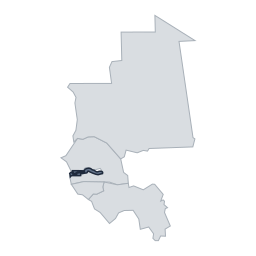 Gambia and the surrounding countries
{"feature_id": "GMB", "entity_name": "Gambia", "entity_type": "country or territory", "adm_level": 0, "iso_a3": "GMB", "parent_name": "Africa", "parent_adm1": "", "projection": "albers", "projection_center": [-15.506, 13.438], "detail": "fine", "context": "with_neighbors", "style": "filled", "palette": "slate", "viewbox_px": 256, "rotation_deg": 0, "n_neighbors": 4, "source": "natural_earth", "source_scale": "50m", "svg_char_len": 2485}
<svg xmlns="http://www.w3.org/2000/svg" viewBox="0 0 256 256"><path d="M70.9,170.7L66.5,161.8L61.0,157.8L65.9,155.7L77.5,138.4L82.9,139.3L88.2,136.9L94.3,136.7L106.7,143.0L120.7,158.9L123.6,172.4L127.7,175.5L128.3,183.3L117.4,184.8L109.5,182.1L83.7,181.6L71.3,184.3L69.5,175.7L79.5,175.9L88.2,171.6L97.7,174.2L102.5,171.6L100.2,168.4L93.2,170.3L88.9,167.5L85.4,167.7L82.9,170.4L70.9,170.7Z" fill="#d9dde1" stroke="#a8b0b8" stroke-width="1"/><path d="M67.6,87.2L70.0,83.5L111.6,83.4L109.4,67.3L112.0,61.6L121.8,60.5L121.1,32.1L155.3,32.0L154.9,15.4L195.0,40.6L179.0,41.4L193.0,137.6L194.9,138.9L192.8,146.9L149.1,148.5L147.5,151.1L143.3,150.4L137.2,152.8L126.1,150.1L124.3,156.8L120.7,158.9L106.7,143.0L94.3,136.7L88.2,136.9L82.9,139.3L77.5,138.4L73.8,142.0L72.9,135.9L75.9,130.3L77.3,119.7L74.9,103.0L76.0,97.4L73.2,92.1L67.6,87.2Z" fill="#d9dde1" stroke="#a8b0b8" stroke-width="1"/><path d="M104.1,182.0L117.4,184.8L128.3,183.3L129.0,187.5L133.6,185.9L143.3,189.8L152.4,184.1L154.7,184.3L163.2,194.4L160.7,201.1L163.1,199.9L164.5,201.2L164.0,204.6L167.5,207.7L165.3,208.6L164.5,212.5L170.3,226.0L165.1,229.1L165.5,236.2L160.6,236.0L158.4,240.6L155.2,240.6L152.9,238.3L153.6,233.8L148.7,227.0L140.3,229.3L138.8,219.0L133.1,210.3L124.2,210.5L118.6,212.9L115.5,218.5L109.5,223.5L100.2,212.5L94.5,208.9L91.6,201.4L88.4,199.5L93.3,194.0L96.7,194.2L103.7,190.8L102.8,187.0L104.1,182.0Z" fill="#d9dde1" stroke="#a8b0b8" stroke-width="1"/><path d="M71.3,184.3L83.7,181.6L104.1,182.0L102.8,187.0L103.7,190.8L96.7,194.2L93.3,194.0L88.4,199.5L82.5,194.8L77.8,194.1L71.3,184.3Z" fill="#d9dde1" stroke="#a8b0b8" stroke-width="1"/><path d="M72.6,170.7L75.4,170.7L78.8,170.7L82.4,170.8L84.2,170.8L85.1,169.2L86.8,168.5L88.6,168.2L89.5,168.3L90.5,168.5L92.3,169.8L93.5,170.1L94.5,170.4L95.2,171.1L96.3,171.7L97.2,171.9L97.7,171.8L98.6,171.5L99.1,171.3L101.0,171.2L102.4,171.9L102.7,172.7L102.5,173.6L100.6,174.0L98.1,174.7L96.0,174.3L93.4,173.4L91.9,172.8L91.3,172.5L90.3,172.1L89.5,171.6L88.7,171.3L88.1,171.1L87.7,171.4L87.4,171.9L87.1,172.6L86.6,172.9L84.5,173.2L82.6,173.4L81.5,173.6L80.8,173.7L80.6,175.6L78.4,175.6L76.3,175.6L74.0,175.6L71.6,175.6L71.0,176.0L70.4,176.7L70.3,175.7L69.7,173.5L70.5,172.6L71.4,172.0L72.0,172.5L72.2,173.4L72.7,174.0L74.2,174.3L75.8,174.1L76.7,174.2L76.7,173.7L77.0,173.1L78.9,172.8L80.9,172.6L83.0,172.2L84.6,172.2L85.1,172.1L83.5,171.8L80.4,172.2L77.3,172.3L74.9,173.5L73.9,173.4L73.0,172.2L72.6,170.7Z" fill="#64748b" stroke="#1e293b" stroke-width="1.5"/></svg>